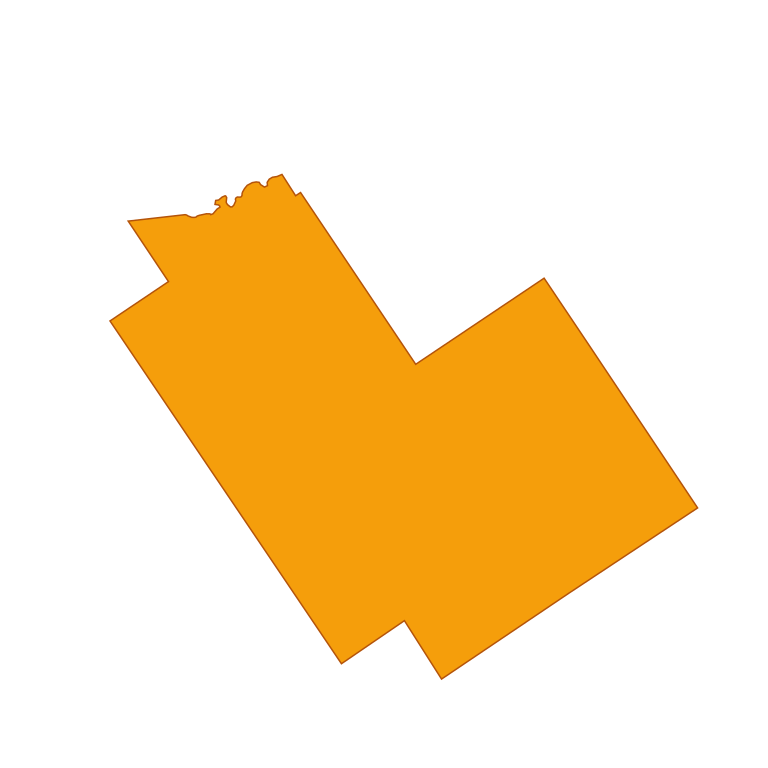 Forest, Wisconsin, United States of America (Equal Earth projection), rotated 326°
{"feature_id": "52423323B22880600101250", "entity_name": "Forest", "entity_type": "district", "adm_level": 2, "iso_a3": "USA", "parent_name": "United States of America", "parent_adm1": "Wisconsin", "projection": "equal_earth", "projection_center": [-88.783, 45.725], "detail": "fine", "context": "isolated", "style": "filled", "palette": "amber", "viewbox_px": 768, "rotation_deg": 326, "n_neighbors": 0, "source": "geoboundaries", "source_scale": "gbopen_adm2", "svg_char_len": 1035}
<svg xmlns="http://www.w3.org/2000/svg" viewBox="0 0 768 768"><g transform="rotate(326 384 384)"><path d="M192.3,592.1L268.6,591.6L266.7,660.8L420.1,660.8L574.7,662.1L575.7,466.5L575.9,385.8L421.3,385.4L421.9,178.6L416.0,178.5L416.6,153.2L411.4,152.2L407.1,150.2L403.4,150.0L399.9,151.5L398.3,154.4L395.0,153.9L393.2,149.7L393.3,147.0L391.0,145.0L387.4,143.4L381.7,142.8L377.7,144.0L374.2,145.7L373.0,146.6L371.6,148.4L370.2,148.9L369.3,148.7L367.0,147.0L366.1,146.9L365.5,146.9L365.0,147.1L364.7,147.3L364.2,147.6L364.0,148.1L363.4,149.4L359.4,151.8L357.1,152.2L355.7,151.3L354.6,147.8L354.6,146.2L354.8,145.1L357.8,141.5L357.9,139.6L357.5,139.1L354.3,138.5L349.8,139.0L347.1,137.7L344.3,140.6L347.0,143.1L347.3,144.7L346.9,145.7L343.6,145.6L337.4,147.3L335.1,146.7L335.2,146.2L334.6,145.4L332.0,143.6L325.3,140.9L323.0,140.3L321.3,140.5L319.7,139.7L317.7,138.2L315.4,134.9L314.9,133.6L313.8,132.4L263.0,105.9L262.6,178.6L192.1,178.5L192.1,247.9L192.3,523.2L192.3,592.1Z" fill="#f59e0b" stroke="#b45309" stroke-width="1.5"/></g></svg>